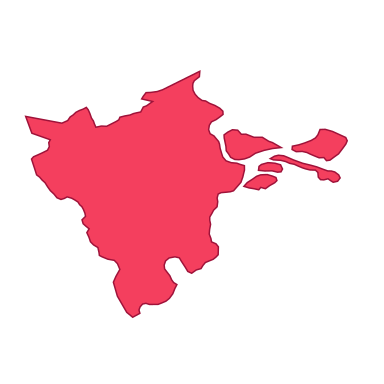 outline of Apicum-Açu, Maranhão, Brazil, rotated 85°
{"feature_id": "56859067B98855082713", "entity_name": "Apicum-Açu", "entity_type": "district", "adm_level": 2, "iso_a3": "BRA", "parent_name": "Brazil", "parent_adm1": "Maranhão", "projection": "natural_earth1", "projection_center": [-45.087, -1.505], "detail": "fine", "context": "isolated", "style": "filled", "palette": "rose", "viewbox_px": 384, "rotation_deg": 85, "n_neighbors": 0, "source": "geoboundaries", "source_scale": "gbopen_adm2", "svg_char_len": 3687}
<svg xmlns="http://www.w3.org/2000/svg" viewBox="0 0 384 384"><g transform="rotate(85 192 192)"><path d="M308.3,254.5L304.9,255.1L301.9,253.7L299.3,251.0L298.9,247.6L300.3,244.2L301.0,235.6L299.9,231.8L298.5,227.5L296.0,223.8L291.7,220.0L286.7,217.5L282.9,215.1L280.6,218.2L277.8,219.9L273.4,221.4L269.4,224.0L266.2,226.0L262.4,226.1L258.3,224.3L255.7,220.5L255.1,214.6L256.5,210.3L259.9,208.7L263.1,207.0L266.5,205.2L270.8,203.1L272.9,199.4L270.0,194.5L269.1,189.7L266.0,187.4L263.4,184.8L262.1,180.7L260.9,176.8L259.0,173.9L256.8,171.4L252.5,170.9L248.9,170.5L245.7,172.6L243.4,176.9L240.0,177.2L235.4,178.5L230.8,177.7L225.8,176.3L221.8,176.8L218.5,176.5L215.0,174.0L212.0,172.1L208.9,168.3L203.9,167.2L200.2,167.5L196.3,166.1L195.2,163.1L195.2,158.4L195.1,153.7L194.4,150.5L186.6,142.4L181.5,140.1L177.9,138.9L174.7,137.8L170.3,137.5L168.6,141.9L167.2,144.8L166.2,150.4L163.9,155.4L159.8,158.3L156.3,159.1L150.8,160.2L146.8,160.4L144.0,161.1L140.9,163.3L138.1,165.2L135.5,168.9L131.4,170.0L127.0,168.9L123.8,166.5L122.0,161.7L119.5,157.5L117.4,154.3L114.2,154.2L111.0,157.0L107.8,161.6L105.2,166.8L102.5,170.5L101.7,174.0L98.4,177.8L94.9,180.4L90.8,182.1L86.7,182.1L83.9,181.6L81.3,180.0L77.8,174.6L72.4,173.7L87.6,212.5L88.9,217.9L89.2,224.5L89.0,229.1L92.5,232.3L94.9,234.0L96.4,229.4L98.4,223.3L102.2,229.8L103.1,233.1L107.8,236.1L108.3,240.3L108.8,243.6L109.9,247.0L110.4,252.5L111.2,257.3L113.7,258.6L115.1,261.3L116.9,265.8L119.1,271.3L118.4,276.6L119.1,282.1L115.6,283.3L112.7,284.0L109.6,285.7L104.9,286.9L101.1,288.2L98.5,289.9L99.9,293.1L101.0,297.1L102.5,300.7L104.9,303.7L106.6,306.8L110.0,309.6L112.1,315.6L102.2,351.1L105.5,350.2L119.5,346.4L127.6,328.6L130.3,330.4L134.4,330.2L137.8,332.3L139.9,337.6L141.4,341.8L143.1,346.8L145.2,349.0L156.0,346.5L161.4,345.3L163.9,342.5L166.9,340.4L169.9,337.6L174.2,335.4L178.3,333.0L182.0,329.7L186.0,327.0L188.0,323.2L187.3,319.8L186.0,316.8L187.7,312.4L189.6,309.6L192.0,306.5L194.9,305.0L197.0,303.0L199.9,301.7L203.9,300.5L207.0,300.2L210.1,304.0L214.1,303.2L216.8,300.7L219.7,297.7L223.3,300.3L228.4,298.5L232.7,297.5L236.1,294.7L239.1,290.6L244.3,289.9L247.1,289.8L248.7,287.3L251.6,281.7L253.3,275.4L256.9,272.5L262.8,270.6L269.4,275.1L275.0,278.2L289.3,275.4L306.2,267.5L311.6,262.0L308.3,254.5ZM157.5,152.1L160.8,150.5L163.3,146.6L163.9,142.4L163.6,136.8L162.2,131.5L158.9,125.4L156.8,116.5L155.7,108.0L155.5,99.3L149.8,107.5L148.2,111.1L143.6,117.2L142.9,125.5L139.1,133.2L138.8,137.8L134.4,141.1L133.5,146.3L135.4,151.0L137.9,155.1L141.1,155.2L149.7,154.2L153.9,154.3L157.5,152.1ZM160.9,84.7L161.2,78.6L162.7,74.0L164.4,71.2L166.7,66.9L169.0,62.4L169.2,57.6L172.5,55.3L172.3,51.8L169.2,46.8L166.8,42.7L161.4,37.8L157.7,34.6L154.5,32.9L151.1,34.1L147.0,41.3L143.9,46.8L141.2,53.8L140.9,59.0L146.0,61.6L148.9,64.3L151.0,68.7L153.0,75.6L154.3,81.4L154.7,84.6L155.1,88.0L158.4,88.6L160.9,84.7ZM167.1,108.1L168.2,100.8L169.8,96.1L172.0,92.1L173.3,87.7L175.4,84.0L177.5,80.0L178.8,77.0L180.3,72.6L181.0,67.1L183.5,64.9L188.2,64.9L190.9,62.9L191.4,59.6L190.7,55.3L192.8,52.9L194.6,50.5L194.0,46.0L190.9,43.2L187.7,44.4L184.5,48.0L183.2,51.5L182.9,54.8L180.8,59.4L177.9,65.4L175.8,71.0L173.0,79.3L168.9,88.1L166.0,93.4L163.9,97.5L162.9,102.7L163.5,106.7L165.6,111.1L167.1,108.1ZM192.9,134.8L194.2,129.7L195.6,125.3L193.4,123.1L195.1,118.6L192.4,114.1L190.0,108.8L188.0,106.4L184.9,107.1L183.2,110.4L181.2,115.5L181.0,118.9L180.9,122.3L182.0,126.3L184.4,130.4L187.4,136.1L190.9,139.8L192.9,134.8ZM177.4,117.6L177.9,110.4L179.7,105.1L179.7,101.6L177.0,99.8L172.6,101.4L170.6,106.7L169.9,110.4L169.4,113.9L170.0,117.2L170.6,120.4L172.3,123.0L176.2,123.9L177.4,117.6Z" fill="#f43f5e" stroke="#9f1239" stroke-width="1.5"/></g></svg>